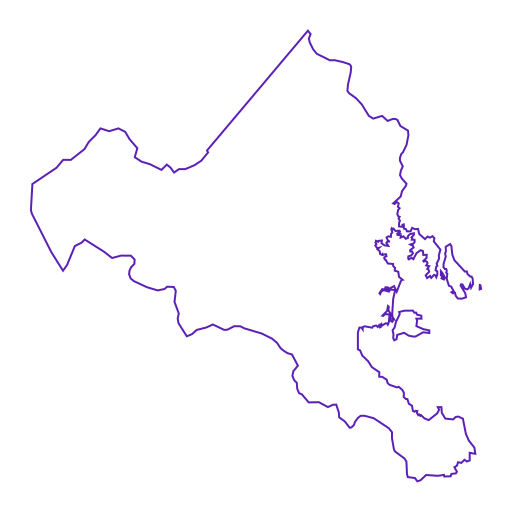 Konawe Utara, Sulawesi Tenggara, Indonesia
{"feature_id": "22746128B68991025063444", "entity_name": "Konawe Utara", "entity_type": "district", "adm_level": 2, "iso_a3": "IDN", "parent_name": "Indonesia", "parent_adm1": "Sulawesi Tenggara", "projection": "natural_earth1", "projection_center": [122.267, -3.419], "detail": "fine", "context": "isolated", "style": "outline", "palette": "violet", "viewbox_px": 512, "rotation_deg": 0, "n_neighbors": 0, "source": "geoboundaries", "source_scale": "gbopen_adm2", "svg_char_len": 6099}
<svg xmlns="http://www.w3.org/2000/svg" viewBox="0 0 512 512"><path d="M63.0,270.7L67.0,265.1L74.9,246.0L81.4,242.8L84.7,239.5L104.0,251.7L112.1,258.0L121.1,255.6L130.9,255.7L134.6,259.5L134.4,263.8L131.1,267.3L129.5,270.6L129.1,274.3L130.6,278.4L133.9,281.1L146.9,287.2L157.7,290.4L164.5,289.0L167.2,286.7L173.8,287.0L175.8,290.8L174.5,301.9L178.8,313.5L177.7,318.5L178.5,323.2L186.8,336.3L191.9,334.2L196.8,329.9L206.3,327.5L212.9,324.5L224.2,329.9L227.4,329.7L234.2,326.2L240.3,326.3L244.5,328.4L261.7,333.5L272.0,338.6L277.0,342.8L280.6,348.2L283.8,350.8L287.4,353.1L292.0,354.5L297.9,365.7L293.4,371.1L292.4,375.8L294.2,380.2L296.8,382.8L297.2,388.6L299.0,393.1L301.9,394.4L308.7,402.4L318.9,402.2L327.9,407.1L332.8,404.8L336.2,404.6L338.8,412.3L339.2,417.4L344.8,421.4L349.6,427.7L351.4,427.5L354.0,424.9L355.0,421.9L357.9,417.9L360.7,415.8L364.7,415.8L373.7,418.2L388.8,428.2L392.0,432.2L392.0,438.3L394.0,449.7L395.2,451.6L404.6,458.6L406.4,461.6L407.0,474.3L407.8,477.1L414.9,478.0L417.3,481.3L420.5,480.3L426.1,475.0L437.9,475.8L444.0,474.9L444.3,476.5L450.6,476.3L451.4,473.9L455.9,473.4L456.9,471.7L454.4,467.2L456.9,465.7L458.1,462.2L461.3,462.9L464.5,459.8L466.9,461.5L469.7,460.5L469.7,452.8L475.3,453.8L474.4,447.6L468.9,440.7L465.9,434.0L462.9,418.7L458.5,416.6L455.8,416.9L453.2,419.4L445.3,418.6L441.8,412.8L441.4,407.1L437.8,407.1L439.1,409.7L437.2,413.4L428.7,420.1L424.6,418.5L421.1,415.2L419.8,416.5L420.4,415.2L419.2,414.4L418.2,415.1L416.9,412.9L417.3,411.0L415.6,410.8L414.6,411.7L412.9,411.0L412.0,405.7L408.9,403.8L407.4,399.1L405.9,399.0L403.7,397.0L403.9,392.8L402.3,389.9L398.7,386.8L396.9,387.4L389.3,384.7L387.5,382.8L386.7,379.7L382.3,376.9L379.2,376.7L379.3,372.2L371.8,367.1L368.3,361.4L362.3,355.6L360.1,350.4L357.9,349.4L357.9,332.4L359.4,327.6L361.4,327.6L362.7,329.4L362.7,327.1L364.7,326.3L372.2,327.7L373.1,326.3L376.1,325.5L377.7,326.9L379.0,325.3L379.8,327.4L380.6,327.1L380.5,324.7L381.4,323.9L381.9,325.7L385.5,323.4L386.9,323.3L387.8,324.7L388.9,322.1L389.5,314.4L385.0,314.2L383.2,315.9L382.4,315.7L387.1,310.9L388.0,306.0L388.7,306.6L388.5,310.8L391.2,314.4L390.2,318.1L390.4,320.6L392.2,321.8L392.8,321.2L392.4,319.1L394.1,319.5L392.5,316.8L392.2,314.0L393.2,298.9L395.1,290.0L390.3,289.6L388.9,291.6L383.6,290.1L381.1,291.8L380.1,294.1L379.4,293.3L382.2,289.1L388.0,289.8L387.7,288.2L385.3,287.9L385.4,287.3L387.9,287.4L389.3,288.7L394.1,286.1L396.7,291.8L400.5,282.0L401.5,280.0L402.6,279.8L399.0,276.9L398.3,271.8L394.7,270.6L395.0,267.8L393.2,266.1L393.1,264.0L387.8,263.5L385.7,259.8L384.7,259.5L384.2,257.5L386.5,256.1L385.8,254.1L382.9,254.9L382.6,254.1L382.0,254.9L380.1,254.0L379.8,251.3L377.5,249.3L379.2,247.7L377.2,248.2L375.3,245.5L376.4,244.2L375.5,242.6L376.0,240.8L378.1,241.8L378.4,240.9L381.9,240.5L381.5,243.2L384.4,245.3L388.3,245.9L386.4,243.0L387.4,241.5L389.8,241.7L387.9,240.5L386.6,237.4L388.3,236.3L390.9,236.8L391.1,233.8L392.3,232.5L391.3,229.1L391.8,228.2L393.0,229.3L393.6,228.7L395.5,231.0L399.4,230.7L399.9,231.3L398.8,232.3L399.8,233.1L397.3,233.6L397.5,234.9L400.9,235.3L400.6,237.6L403.6,236.4L405.8,238.8L408.0,237.8L407.8,236.3L409.8,234.2L413.9,233.2L413.9,234.8L411.5,237.5L412.3,238.2L411.8,239.7L414.5,239.8L414.7,241.8L413.3,243.7L410.4,244.5L413.0,245.9L413.6,247.5L410.1,250.2L410.3,251.5L412.2,251.5L412.9,253.3L411.4,255.3L408.3,256.4L408.2,258.7L408.9,259.4L411.5,257.8L413.3,259.2L416.5,253.2L420.6,250.2L423.0,251.1L423.2,254.9L426.7,254.8L426.5,258.0L423.3,261.0L423.8,261.6L425.4,260.8L427.1,262.0L427.5,263.5L426.2,265.5L429.2,266.2L427.2,268.9L428.5,269.5L429.2,271.7L425.7,275.3L427.1,278.1L430.1,275.9L431.2,277.9L434.1,274.8L435.4,275.4L436.3,277.3L437.3,274.7L437.3,271.3L435.6,270.3L436.3,266.5L437.3,265.8L436.7,263.6L439.1,258.5L438.8,255.5L440.4,249.6L433.8,241.4L434.4,238.2L432.5,236.2L429.9,237.6L427.5,236.6L425.0,239.1L419.3,234.1L418.0,228.9L415.1,229.2L412.1,227.9L410.6,231.3L406.9,231.3L406.0,229.2L403.9,228.6L403.8,224.4L402.5,224.7L402.5,226.8L399.0,226.4L399.1,222.6L400.0,220.8L398.6,218.5L399.6,216.8L398.3,216.3L397.3,214.1L398.1,210.0L399.6,208.2L397.9,206.8L398.7,203.4L396.7,201.9L394.7,204.0L393.2,203.4L400.7,196.5L402.0,191.2L405.9,185.8L406.5,183.8L401.8,178.5L400.0,175.1L400.9,170.5L402.8,166.4L400.0,160.8L399.9,158.0L401.3,154.0L403.0,152.2L406.5,145.0L408.4,135.4L408.0,130.6L400.4,126.0L397.4,119.9L395.5,119.0L392.9,118.9L387.6,120.9L382.1,115.9L373.2,118.6L368.8,115.8L361.7,104.3L355.9,98.1L349.0,93.2L347.4,90.8L348.0,84.5L350.7,72.5L351.2,67.1L350.6,65.4L349.4,64.2L343.0,62.1L334.7,60.2L329.9,60.3L316.8,53.8L313.2,49.4L309.8,42.5L308.8,38.6L310.6,34.1L307.9,30.7L207.0,150.5L208.1,152.4L201.3,160.7L194.5,165.2L185.3,169.1L179.0,169.1L174.1,172.5L170.5,167.6L166.8,164.6L161.5,169.9L149.7,164.1L141.6,161.7L134.8,157.2L137.3,148.2L129.5,139.1L125.2,131.8L118.4,128.4L109.2,131.2L100.4,128.4L95.6,135.1L88.8,141.9L84.4,149.2L70.8,159.9L63.1,159.9L56.6,167.7L32.4,184.0L30.9,210.1L31.8,213.5L51.3,252.1L63.0,270.7ZM464.9,271.6L454.4,260.2L452.3,254.6L451.4,246.1L450.1,244.1L445.7,246.8L445.9,251.5L445.1,253.4L445.8,256.4L443.6,263.7L443.5,267.4L444.9,269.0L446.2,269.0L446.8,270.9L446.2,272.6L447.3,273.7L446.7,278.8L448.9,285.7L451.2,286.6L453.6,291.1L451.5,292.2L453.0,293.4L454.3,292.1L455.0,292.7L455.7,295.8L457.8,298.5L461.8,298.7L466.0,297.3L465.3,293.3L460.6,285.5L461.1,284.3L462.5,284.5L464.7,288.5L467.1,289.4L468.5,288.5L470.3,284.0L471.1,287.7L473.1,284.0L472.6,278.5L471.6,276.6L470.2,276.5L467.5,274.0L466.8,271.4L464.9,271.6ZM412.9,310.6L404.4,310.7L399.2,312.0L399.7,314.2L395.9,322.1L394.6,327.6L392.6,330.2L393.5,334.6L393.2,338.0L394.3,340.3L396.6,339.1L397.2,334.9L404.1,332.8L408.8,335.7L413.0,336.5L415.6,336.5L423.1,332.3L429.3,333.0L429.3,330.4L423.1,329.1L416.4,326.1L417.1,320.5L416.4,318.7L421.5,318.7L421.3,315.7L417.1,314.7L416.1,312.6L414.3,312.7L412.9,310.6ZM444.0,279.5L445.0,277.4L444.0,277.2L444.0,275.5L443.1,275.2L441.5,278.4L444.0,279.5ZM442.4,276.5L442.9,273.7L440.9,271.2L440.9,275.4L442.4,276.5ZM481.1,288.9L480.4,285.2L479.8,285.0L479.7,289.4L481.1,288.9Z" fill="none" stroke="#5b21b6" stroke-width="2"/></svg>